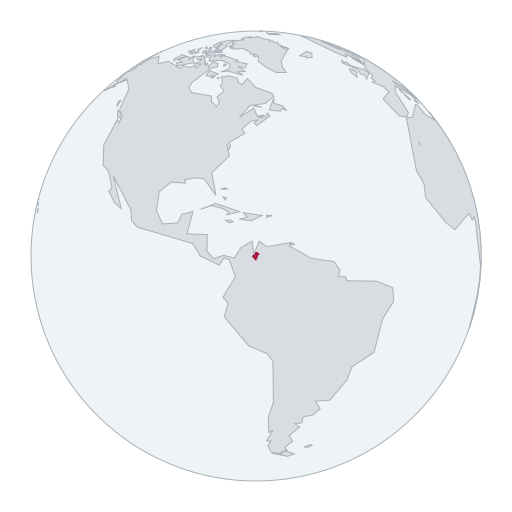 Mérida on an orthographic globe, rotated 353°
{"feature_id": "VEN-27", "entity_name": "Mérida", "entity_type": "State", "adm_level": 1, "iso_a3": "VEN", "parent_name": "Venezuela", "parent_adm1": "", "projection": "orthographic", "projection_center": [-71.244, 8.52], "detail": "fine", "context": "on_globe", "style": "filled", "palette": "rose", "viewbox_px": 512, "rotation_deg": 353, "n_neighbors": 0, "source": "natural_earth", "source_scale": "10m", "svg_char_len": 9103}
<svg xmlns="http://www.w3.org/2000/svg" viewBox="0 0 512 512"><g transform="rotate(353 256 256)"><circle cx="256" cy="256" r="225" fill="#eef3f6" stroke="#a8b0b8"/><path d="M229.1,256.5L223.8,254.0L218.6,260.6L200.8,249.4L194.7,235.9L141.8,212.9L136.8,205.9L137.5,195.0L124.1,159.2L128.0,192.4L121.9,185.7L117.9,173.7L121.3,170.9L120.0,153.9L115.3,147.3L118.5,127.1L135.3,103.2L136.2,107.0L140.2,101.5L139.3,96.7L137.8,95.0L150.2,74.9L149.7,65.3L142.1,67.5L149.6,63.6L130.2,72.2L125.1,73.6L135.4,69.1L140.0,66.5L138.9,65.5L143.4,62.7L145.4,60.9L150.8,57.9L156.4,56.3L160.0,54.5L159.0,54.1L163.9,51.3L164.8,52.2L173.3,47.7L184.2,45.8L182.3,53.2L193.0,52.1L203.1,60.5L206.7,58.2L212.9,60.9L219.4,59.5L219.4,62.2L224.6,58.9L223.3,56.8L225.1,54.8L228.9,54.0L229.5,57.0L227.8,57.8L229.9,58.4L228.7,60.3L231.4,58.9L231.8,63.0L236.9,57.9L241.8,60.4L240.6,63.5L233.5,64.4L213.2,76.3L209.8,80.9L212.0,85.9L231.4,91.9L230.6,97.0L234.7,103.0L238.5,99.2L236.6,93.3L244.5,88.5L241.2,82.6L244.0,80.0L243.5,74.1L251.3,73.9L259.1,77.2L260.0,82.3L263.4,84.2L268.9,78.8L276.5,88.8L292.0,96.7L293.1,99.8L284.0,105.7L268.2,106.0L256.4,116.4L271.9,108.9L274.4,118.0L278.1,119.5L282.5,118.9L284.6,115.4L287.1,118.7L272.7,126.6L270.2,123.7L274.8,121.0L267.4,121.6L257.7,128.2L259.8,132.9L243.0,140.0L244.3,143.7L241.3,147.7L240.5,141.1L241.7,153.5L222.3,167.8L223.6,190.9L213.9,173.1L205.2,171.0L194.7,171.5L194.7,175.1L180.8,172.3L167.9,180.1L162.7,198.5L167.0,212.8L182.5,213.6L187.4,205.6L198.9,204.1L190.2,225.6L210.2,228.8L207.9,245.1L213.7,253.5L223.8,251.4L234.3,255.4L241.9,245.9L254.0,240.6L254.2,253.8L261.0,241.7L267.8,248.0L292.0,246.9L290.2,250.0L310.6,265.0L332.6,271.0L337.7,280.3L335.1,286.4L342.7,287.7L342.8,291.6L372.8,295.7L387.8,304.1L387.2,317.5L374.1,333.7L361.4,366.0L337.8,377.5L331.2,390.0L311.7,408.1L297.5,407.3L301.0,415.6L292.6,420.8L283.2,421.4L281.1,427.2L274.1,427.4L278.5,431.1L266.9,438.4L269.8,444.1L261.2,449.6L263.4,452.8L260.3,452.7L256.9,453.8L256.6,455.6L247.1,452.6L244.7,445.3L248.3,441.5L244.1,440.8L251.7,430.8L247.2,432.9L248.7,417.1L255.4,403.6L260.0,362.7L255.2,354.3L237.9,344.5L217.1,312.5L222.6,299.3L218.1,293.0L233.0,274.2L229.1,256.5ZM43.9,186.8L45.6,181.8L45.0,185.1L43.9,186.8ZM46.4,178.6L45.8,180.3L46.2,178.9L46.4,178.6ZM46.5,177.5L46.4,178.3L46.3,177.9L46.5,177.5ZM46.4,176.7L46.6,176.9L46.5,177.1L46.4,176.7ZM222.2,198.9L245.2,210.0L232.0,211.5L234.5,209.4L228.7,204.8L217.9,200.5L206.4,203.0L222.2,198.9ZM47.1,173.9L47.3,173.1L47.6,172.8L47.1,173.9ZM232.9,186.0L228.9,185.1L232.9,185.0L232.9,186.0ZM136.4,94.9L138.8,97.0L138.0,102.6L135.4,101.1L136.4,94.9ZM138.7,85.3L141.1,85.1L136.4,90.3L136.5,88.8L138.7,85.3ZM135.6,70.2L136.8,70.7L134.1,71.3L135.6,70.2ZM144.7,61.2L142.9,62.1L144.7,60.8L144.7,61.2ZM239.2,74.7L241.3,74.4L240.3,75.6L239.2,74.7ZM237.1,72.6L234.4,74.3L233.0,73.5L234.7,72.5L237.1,72.6ZM154.7,55.3L158.1,53.4L155.6,55.0L154.7,55.3ZM240.6,70.8L230.8,72.1L228.4,70.8L232.6,66.2L240.6,70.8ZM165.9,49.5L179.4,44.2L167.9,48.9L165.3,50.5L164.2,50.7L160.8,52.2L169.0,48.2L165.8,49.6L165.9,49.5ZM221.3,56.6L222.8,58.7L218.1,57.8L221.3,56.6ZM217.8,56.5L200.8,57.7L200.4,54.6L206.2,54.6L202.9,51.7L211.1,49.5L214.7,50.6L213.4,52.9L217.6,50.4L217.8,56.5ZM185.7,42.2L188.5,41.3L186.6,42.0L185.7,42.2ZM225.5,54.0L222.1,54.3L221.5,51.6L228.2,50.5L226.3,51.7L225.5,54.0ZM198.0,52.2L198.8,50.3L205.6,47.9L206.9,46.9L211.3,49.2L198.0,52.2ZM228.3,51.9L231.7,50.1L235.3,50.8L228.8,53.6L228.3,51.9ZM218.5,51.4L218.6,50.1L220.7,50.4L218.5,51.4ZM250.2,53.0L246.1,52.9L245.5,51.4L250.2,53.0ZM232.7,49.4L231.4,49.2L230.7,48.7L233.6,47.7L232.7,49.4ZM215.8,47.6L218.5,47.1L214.3,46.4L219.3,45.0L221.3,46.9L222.6,45.5L224.1,45.1L224.0,47.2L215.8,47.6ZM234.4,45.5L238.8,48.1L246.5,48.2L247.2,49.5L234.7,49.1L234.4,45.5ZM228.3,46.2L232.3,46.0L231.3,47.4L227.9,48.5L228.3,46.2ZM221.9,43.4L213.8,45.1L213.6,44.7L221.9,43.4ZM236.9,45.1L235.8,44.6L237.6,45.0L236.9,45.1ZM226.8,43.5L223.9,44.1L223.8,43.5L226.8,43.5ZM236.0,43.1L237.4,43.8L235.2,44.5L236.0,43.1ZM231.9,43.0L232.5,42.2L233.5,44.3L230.7,43.3L231.9,43.0ZM227.1,42.9L226.1,42.8L228.3,42.8L227.1,42.9ZM243.6,40.5L245.5,43.0L240.6,44.3L239.4,41.6L243.6,40.5ZM262.9,458.7L247.9,453.7L256.3,456.0L262.2,453.3L270.0,457.0L262.9,458.7ZM280.3,451.5L287.1,449.8L288.7,450.7L284.3,452.1L280.3,451.5ZM425.2,107.3L427.5,110.3L433.6,117.5L436.9,122.0L427.9,111.8L424.1,107.4L412.5,98.7L416.9,103.6L428.1,112.4L427.4,112.3L433.4,120.1L428.2,114.1L414.7,104.3L414.5,110.4L424.8,132.5L422.4,136.3L415.6,134.7L401.2,115.5L408.1,109.4L403.1,103.6L392.6,97.4L395.5,96.4L392.1,93.5L393.8,91.4L387.2,82.7L387.6,80.5L376.4,72.1L375.1,70.2L382.1,75.4L387.2,78.4L387.0,74.5L384.5,72.2L377.2,67.4L378.1,67.4L371.0,63.3L366.7,60.0L366.1,60.9L357.5,56.4L350.2,52.3L347.2,51.2L359.1,58.2L364.0,61.0L368.4,62.9L381.5,72.0L383.4,74.6L369.2,66.6L370.4,69.8L358.8,63.1L333.7,46.8L327.7,43.4L335.3,45.1L342.1,47.8L342.3,47.9L342.5,48.2L349.6,51.1L363.8,58.2L377.4,66.2L390.4,75.2L402.7,85.1L414.4,95.8L425.2,107.3ZM347.9,50.3L345.8,49.4L346.0,49.5L347.9,50.3ZM184.3,42.4L179.4,44.2L165.9,49.5L184.3,42.4ZM458.7,354.3L470.1,323.9L475.4,305.4L477.7,292.3L477.8,266.1L478.2,249.2L476.9,243.4L475.0,246.8L472.9,239.9L471.2,240.9L456.6,254.0L448.8,246.2L431.4,218.5L431.6,204.9L425.7,191.0L422.1,137.1L428.0,137.4L432.8,125.1L434.5,125.8L441.2,136.2L450.6,143.5L445.0,133.8L445.8,134.6L454.1,148.8L461.4,163.5L467.6,178.7L472.7,194.3L476.6,210.2L479.3,226.4L480.9,242.8L481.3,259.2L480.4,275.6L478.4,291.9L475.2,308.0L470.8,323.8L465.3,339.3L458.7,354.3ZM431.2,162.0L433.1,166.2L431.2,162.0ZM292.8,246.7L295.7,249.2L291.8,249.4L292.8,246.7ZM230.1,216.9L234.9,217.2L237.5,219.2L233.7,219.9L230.1,216.9ZM271.4,216.8L277.1,217.9L271.2,219.0L271.4,216.8ZM248.8,211.5L266.9,216.5L255.4,220.5L244.0,217.5L251.9,216.3L248.8,211.5ZM230.4,193.5L233.5,194.4L232.5,196.8L230.4,193.5ZM235.8,186.0L234.6,186.2L233.1,184.2L235.8,186.0ZM275.2,117.5L276.4,117.0L280.9,117.2L278.8,118.8L275.2,117.5ZM300.8,110.2L304.2,115.7L300.3,112.5L298.0,115.3L286.9,112.6L293.1,101.3L292.3,106.7L300.8,110.2ZM273.8,106.7L280.2,109.1L273.0,107.0L273.8,106.7ZM371.4,81.7L375.0,82.5L378.6,86.1L378.1,90.8L372.8,85.4L371.4,81.7ZM379.1,83.0L365.1,74.8L364.9,72.2L367.4,74.9L368.6,74.0L373.0,78.3L386.4,84.6L390.5,88.4L387.3,93.8L386.1,89.7L382.7,88.8L379.1,83.0ZM330.0,64.4L323.9,62.5L331.2,59.1L336.0,61.4L335.9,65.7L330.0,65.5L330.0,64.4ZM250.0,63.0L247.2,63.7L247.0,62.7L249.2,61.3L250.0,63.0ZM248.3,53.1L262.0,59.6L259.5,60.5L270.4,64.1L268.1,68.1L261.1,65.5L267.6,71.6L260.3,70.9L265.4,75.1L250.0,68.9L243.7,69.0L251.6,67.2L253.9,63.4L253.0,61.8L245.7,57.6L233.4,56.8L233.7,53.5L237.2,51.4L240.2,51.1L239.0,53.2L243.9,51.3L244.5,54.2L248.3,53.1ZM278.0,37.7L275.4,38.8L285.2,38.4L286.0,40.0L287.0,39.9L290.4,41.5L296.4,43.5L295.7,44.3L298.3,44.7L300.6,46.1L304.0,47.1L303.8,49.1L308.0,50.6L305.6,50.7L312.7,53.0L307.3,52.2L309.8,54.3L313.7,53.9L304.8,65.2L305.2,71.5L308.5,77.6L298.8,76.4L289.6,70.4L281.9,63.0L282.9,57.5L278.4,58.3L277.5,56.1L281.5,56.3L274.8,54.7L275.2,53.0L268.3,48.4L258.6,47.8L255.9,46.4L259.8,45.9L254.3,44.9L260.0,43.1L258.2,42.2L261.9,39.9L270.7,39.9L268.0,38.9L270.7,37.6L278.0,37.7ZM245.0,39.8L255.3,38.7L260.7,39.3L251.9,43.2L252.8,44.3L247.3,47.5L239.5,46.8L241.8,45.9L242.2,44.8L244.5,45.5L242.9,44.2L246.0,43.0L245.7,41.9L249.1,41.7L245.0,39.8ZM432.2,121.3L432.8,121.0L432.7,119.6L436.4,124.8L432.2,121.3ZM423.2,114.6L423.1,113.4L428.4,119.3L427.8,119.9L423.2,114.6ZM418.5,108.0L422.7,112.9L420.1,110.6L418.5,108.0ZM381.5,74.3L380.8,73.1L382.5,74.1L385.0,76.2L381.5,74.3ZM307.4,39.3L305.0,39.2L303.7,38.8L296.0,37.7L294.9,36.7L299.1,37.0L307.4,39.3ZM439.2,124.8L439.3,125.1L438.3,123.6L438.6,124.1L439.2,124.8ZM304.9,38.1L301.8,37.6L303.1,37.5L304.9,38.1ZM293.7,36.0L294.5,35.7L293.9,36.5L293.7,36.0ZM286.6,33.2L290.2,33.8L289.1,33.8L286.6,33.2ZM187.4,41.5L188.4,41.3L186.0,42.0L187.4,41.5Z" fill="#d9dde1" stroke="#a8b0b8" stroke-width="1"/><path d="M256.1,253.4L256.1,253.2L256.3,253.0L256.5,253.0L256.5,252.9L256.8,252.8L256.8,252.7L257.0,252.7L257.1,252.8L257.3,252.9L257.3,253.0L257.4,253.3L257.5,253.6L257.8,253.8L258.0,253.9L258.0,254.0L258.3,254.1L258.5,254.0L258.8,254.3L258.7,254.4L258.7,254.5L258.4,254.7L258.3,254.8L258.2,254.8L258.1,255.0L257.9,255.0L257.7,255.1L257.5,255.3L257.4,255.5L257.2,255.6L257.0,255.8L257.1,256.0L256.9,256.2L256.8,256.3L256.7,256.5L256.7,256.8L256.8,256.9L256.8,257.0L256.9,257.3L256.8,257.5L256.7,257.6L256.6,257.8L256.3,258.0L256.1,258.1L256.0,258.3L255.9,258.4L255.3,258.8L255.2,258.9L255.1,259.0L255.1,259.3L255.0,259.2L254.9,259.0L254.9,258.8L255.0,258.8L255.0,258.7L255.0,258.4L254.9,258.3L255.0,258.2L254.7,257.8L254.4,257.8L254.2,257.8L254.1,257.7L253.9,257.4L253.7,257.4L253.5,257.2L253.7,256.9L253.8,256.8L253.8,256.7L253.7,256.5L253.9,256.2L254.0,256.2L253.9,256.1L253.8,255.9L253.8,255.7L253.7,255.7L253.3,255.6L253.5,255.5L253.6,255.4L253.8,255.4L253.8,255.5L254.0,255.6L254.2,255.4L254.3,255.3L254.3,255.2L254.6,255.0L255.6,254.2L255.8,254.1L256.0,253.9L256.1,254.0L256.3,254.1L256.4,253.9L256.4,253.7L256.2,253.5L256.1,253.4L256.1,253.4Z" fill="#f43f5e" stroke="#9f1239" stroke-width="1.5"/></g></svg>